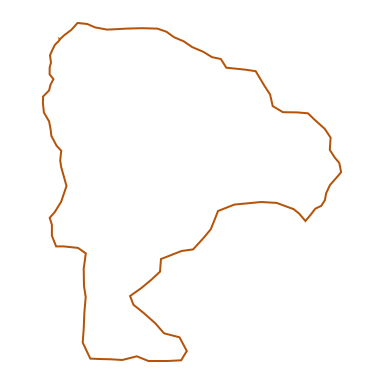 outline of Agios Mamas, Limassol, Cyprus
{"feature_id": "46923920B94554564075534", "entity_name": "Agios Mamas", "entity_type": "district", "adm_level": 2, "iso_a3": "CYP", "parent_name": "Cyprus", "parent_adm1": "Limassol", "projection": "albers", "projection_center": [32.945, 34.847], "detail": "fine", "context": "isolated", "style": "outline", "palette": "amber", "viewbox_px": 384, "rotation_deg": 0, "n_neighbors": 0, "source": "geoboundaries", "source_scale": "gbopen_adm2", "svg_char_len": 1411}
<svg xmlns="http://www.w3.org/2000/svg" viewBox="0 0 384 384"><path d="M59.4,39.2L59.4,40.4L55.0,44.7L52.1,50.4L50.0,55.4L51.0,62.6L49.7,67.2L49.6,74.4L53.4,79.1L50.4,85.0L49.1,90.4L43.1,96.5L42.9,103.2L43.9,112.5L49.1,121.4L50.5,128.7L51.4,136.0L56.6,145.8L61.2,150.7L60.2,160.5L61.2,167.1L66.5,186.0L61.2,201.6L54.8,212.0L49.7,217.8L51.9,224.8L51.9,235.7L55.6,245.1L56.1,246.4L63.7,246.4L78.0,247.9L85.8,253.4L83.7,268.7L84.0,286.0L85.7,297.0L84.4,312.3L83.7,329.0L82.7,342.6L90.3,358.6L92.7,358.7L99.3,359.0L111.2,359.3L122.2,360.0L136.8,356.3L148.4,361.0L167.3,361.0L181.2,360.3L185.0,353.9L186.8,351.0L179.5,337.3L164.0,333.3L155.3,323.3L143.7,313.0L133.4,304.7L130.1,296.0L141.4,288.0L151.0,280.0L160.0,271.7L161.0,259.0L181.5,251.0L193.1,249.4L203.4,238.1L210.7,229.4L214.8,219.3L218.0,211.0L234.3,204.6L261.1,202.0L276.6,202.9L293.5,209.1L299.1,213.5L305.4,221.0L311.1,214.2L315.4,208.6L319.7,206.6L321.3,205.8L324.9,200.1L326.2,193.1L330.0,185.0L336.8,177.3L341.1,172.2L339.3,163.0L334.7,157.5L329.8,149.9L330.6,137.7L324.8,128.9L315.0,120.1L307.9,113.3L297.4,112.4L282.9,112.2L272.7,106.1L270.1,94.5L263.8,84.8L255.7,71.2L245.7,69.7L226.3,67.7L220.8,59.0L211.9,57.1L203.3,51.8L192.2,47.1L183.9,41.4L174.0,37.2L166.4,31.7L157.3,28.6L141.9,28.2L126.6,28.6L115.8,29.2L107.1,29.6L95.1,27.4L87.2,24.0L77.5,23.0L71.4,29.8L64.6,34.9L59.7,39.5L59.4,39.2Z" fill="none" stroke="#b45309" stroke-width="2"/></svg>